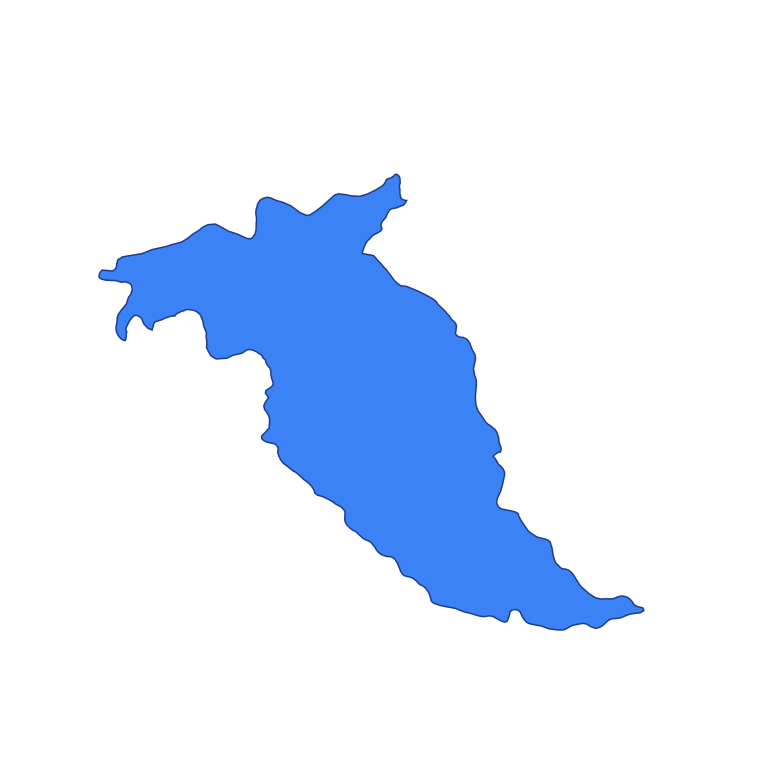 outline of Uarini, Amazonas, Brazil, rotated 282°
{"feature_id": "56859067B41696806475339", "entity_name": "Uarini", "entity_type": "district", "adm_level": 2, "iso_a3": "BRA", "parent_name": "Brazil", "parent_adm1": "Amazonas", "projection": "mercator", "projection_center": [-65.366, -3.206], "detail": "fine", "context": "isolated", "style": "filled", "palette": "blue", "viewbox_px": 768, "rotation_deg": 282, "n_neighbors": 0, "source": "geoboundaries", "source_scale": "gbopen_adm2", "svg_char_len": 6137}
<svg xmlns="http://www.w3.org/2000/svg" viewBox="0 0 768 768"><g transform="rotate(282 384 384)"><path d="M568.2,368.0L568.0,367.0L568.2,364.3L568.5,363.4L569.0,362.6L569.9,361.7L572.7,360.3L574.2,359.8L577.0,359.3L580.1,358.1L581.1,357.8L583.7,358.0L584.9,357.8L588.2,356.9L589.0,356.5L590.3,355.6L591.2,354.3L591.8,353.0L591.4,351.5L589.5,350.2L587.1,348.0L585.4,344.8L584.3,343.9L583.0,343.4L581.5,343.3L580.2,342.8L577.6,341.3L572.3,335.8L566.5,328.5L562.7,321.6L561.9,317.5L561.2,312.3L561.2,306.2L560.5,299.7L558.5,296.4L545.4,286.9L539.1,281.6L533.9,276.3L532.8,273.1L534.2,266.0L538.9,256.0L540.6,247.6L541.2,240.2L542.4,234.8L542.4,230.9L540.4,227.0L538.1,224.6L535.3,223.4L533.5,223.0L529.5,222.7L526.1,222.8L523.3,223.4L521.8,224.1L518.1,225.2L515.2,225.5L508.3,226.8L506.6,226.8L505.1,226.8L503.8,226.5L500.2,225.2L499.1,224.3L498.5,223.5L497.8,220.5L498.6,216.1L500.1,209.6L501.1,200.0L504.1,190.7L505.3,186.2L505.2,185.2L503.5,179.5L502.7,178.0L501.9,176.8L499.6,174.0L495.8,171.0L490.9,165.9L485.1,161.1L480.9,156.7L478.0,151.2L476.6,148.1L473.3,142.5L467.4,129.5L461.3,120.3L453.9,101.6L451.6,99.6L451.0,98.4L449.9,97.8L445.8,97.5L444.5,97.8L443.0,97.9L441.4,97.5L440.2,96.9L438.9,95.9L438.0,94.8L437.0,85.3L436.5,84.3L434.9,83.4L433.4,82.9L432.3,82.7L429.9,82.8L429.0,83.5L428.4,84.2L427.8,86.3L427.8,91.0L428.8,96.9L429.2,98.5L429.3,100.6L429.0,105.6L429.1,106.6L429.9,108.5L430.1,110.5L429.7,113.5L428.9,115.6L427.3,116.7L424.5,118.1L421.4,117.9L418.6,117.6L415.7,116.0L409.7,115.5L406.9,114.5L401.6,111.6L397.6,110.0L395.4,109.4L392.6,109.4L388.8,110.0L384.4,110.0L383.0,110.2L381.1,110.8L378.6,112.0L377.5,112.8L374.8,115.6L373.5,117.4L372.7,120.1L372.6,121.6L373.4,122.1L377.1,122.0L378.4,121.5L381.3,121.6L383.2,120.4L384.1,120.0L385.1,120.0L390.6,121.3L393.6,122.3L396.7,123.9L397.8,124.6L398.6,125.3L399.3,126.2L399.7,127.8L398.9,131.4L398.4,132.4L397.5,133.4L395.3,134.7L393.2,136.3L392.4,137.1L390.9,139.5L389.5,141.3L388.6,145.9L395.8,146.4L396.9,146.9L398.5,149.4L400.6,153.2L402.8,156.0L404.1,158.1L406.3,162.2L407.0,165.2L409.4,166.4L413.2,171.1L414.0,173.0L415.9,175.5L416.5,181.0L416.4,183.3L416.0,185.2L415.1,187.3L414.1,189.1L412.1,190.9L407.9,193.7L403.3,195.6L397.5,199.4L395.7,199.9L394.0,200.0L387.5,202.2L382.9,202.8L380.8,204.3L375.9,208.5L374.0,212.9L373.7,215.3L374.8,218.6L375.9,223.0L376.7,225.2L380.8,230.4L384.4,238.4L386.6,240.8L387.8,241.6L388.4,242.4L389.2,243.5L389.8,245.5L389.8,249.1L389.1,252.3L386.7,258.4L384.3,260.3L383.1,262.8L380.2,264.3L378.1,266.1L375.3,269.5L372.4,270.8L369.1,271.6L366.1,273.0L363.6,274.5L360.5,275.8L357.6,274.4L353.2,269.9L350.3,269.9L346.9,273.9L340.4,271.4L337.6,271.0L334.5,272.4L331.8,275.2L329.4,277.5L326.5,279.2L321.7,280.2L317.3,280.7L314.1,279.2L307.8,275.2L305.1,275.8L303.7,278.0L302.9,281.2L302.7,284.9L302.8,289.2L301.8,291.5L299.5,293.7L294.5,294.5L291.0,296.5L288.1,299.0L285.6,302.0L280.0,313.4L278.9,317.0L275.9,322.3L273.9,325.4L272.6,328.5L271.1,331.1L269.5,333.7L267.7,335.7L265.2,337.9L263.0,339.0L261.5,341.7L261.1,347.6L260.5,350.2L259.0,355.8L257.8,358.9L256.6,361.5L254.8,367.7L253.0,370.5L251.3,372.4L247.4,373.1L244.1,373.6L241.5,374.4L238.6,376.6L236.8,379.6L235.4,381.6L234.5,384.1L233.8,387.1L232.1,389.8L228.9,395.2L227.9,397.9L227.4,401.0L226.6,403.8L222.5,409.0L220.4,410.8L218.7,412.8L217.0,415.8L216.2,419.1L215.9,422.4L216.4,427.6L215.2,430.8L211.1,434.7L204.2,439.3L202.2,441.1L200.9,443.5L200.5,446.0L200.6,449.1L200.0,452.7L198.4,456.1L195.2,460.8L194.5,464.4L193.1,467.0L190.5,469.9L188.4,471.7L184.0,474.3L181.6,475.3L179.9,478.2L179.1,484.6L179.1,490.5L179.4,501.0L178.1,507.3L177.8,510.1L177.7,516.1L177.0,523.2L176.9,525.7L177.0,528.3L177.5,531.2L178.6,533.6L179.3,536.2L179.2,539.5L178.2,542.3L176.6,547.8L176.2,551.2L177.2,553.6L180.4,554.4L184.1,554.7L187.0,554.6L189.4,556.1L190.5,558.5L190.8,561.3L189.6,564.3L184.8,568.0L182.8,570.0L181.0,572.4L180.0,574.9L179.7,578.8L180.0,587.6L179.7,590.4L178.8,596.0L179.6,605.0L180.7,610.4L181.7,612.3L186.3,617.5L188.0,620.3L191.2,628.3L191.4,631.1L190.9,633.7L189.8,636.1L189.3,638.6L189.0,641.7L190.8,645.6L192.8,647.8L197.6,651.1L200.1,653.3L201.8,656.0L203.7,662.2L204.9,664.7L208.5,669.9L210.4,673.3L211.7,676.7L213.7,682.6L216.6,685.3L218.8,683.7L218.9,679.9L219.3,676.7L220.3,674.1L222.4,672.4L224.6,669.5L225.6,667.6L226.2,664.5L226.3,661.9L225.7,659.4L224.2,656.6L222.6,654.5L221.3,652.1L220.6,649.0L220.3,646.3L218.8,641.3L218.8,637.6L219.0,634.6L220.4,631.4L221.4,628.4L225.0,622.1L226.3,619.5L228.3,617.0L236.9,608.8L238.5,606.6L240.2,603.6L240.7,600.4L240.3,596.8L241.4,594.1L243.3,591.6L244.6,589.3L246.6,587.8L249.7,586.0L252.8,584.5L258.0,582.7L261.1,580.9L264.0,579.5L265.4,576.8L265.8,573.7L266.0,567.3L266.3,564.8L269.4,556.8L271.2,554.6L277.3,548.1L280.1,545.5L282.5,543.5L285.2,542.1L286.1,539.1L286.3,533.9L286.2,524.5L287.2,522.2L289.0,520.2L291.4,518.9L294.7,518.6L297.2,518.9L302.8,520.3L309.9,520.8L320.2,520.9L323.1,520.1L325.6,518.2L327.7,515.6L329.2,512.8L331.6,510.7L334.2,508.1L335.9,505.8L338.1,507.2L340.5,509.4L341.8,512.1L345.0,512.1L347.3,511.0L349.6,509.4L352.1,508.2L355.0,507.4L357.5,506.1L360.7,504.1L362.6,502.0L365.3,496.7L366.2,494.2L367.7,491.6L369.4,489.8L371.7,487.6L377.1,481.8L382.0,478.5L387.7,476.7L391.2,475.9L403.3,474.4L406.5,473.5L409.0,472.4L411.5,470.8L417.9,468.2L425.7,468.4L428.5,468.1L431.7,466.8L435.9,463.2L441.5,459.5L443.4,457.9L445.0,455.7L446.0,451.8L445.6,448.2L446.4,445.4L447.9,443.5L456.1,442.8L458.4,441.2L460.3,438.3L461.8,435.8L463.9,434.1L465.9,431.1L467.9,428.7L473.2,420.2L475.2,418.2L477.0,415.1L478.3,411.5L480.1,405.3L482.0,397.5L484.2,385.5L483.5,380.0L485.7,375.3L487.5,372.6L496.7,362.0L497.9,359.9L500.2,357.2L503.7,352.0L505.7,349.6L507.3,347.3L507.4,343.3L507.1,337.8L507.5,335.3L516.8,336.6L520.4,338.0L523.0,339.8L526.4,341.7L528.7,344.0L529.4,345.0L532.6,348.6L534.1,349.4L535.3,349.7L536.5,349.3L537.6,348.3L538.7,348.0L540.1,348.0L541.4,348.2L543.6,349.0L545.5,350.2L547.5,351.2L551.5,351.9L555.5,353.4L556.5,354.4L557.3,355.8L558.4,358.5L559.5,360.5L561.1,362.7L562.8,365.5L564.1,366.4L566.4,367.5L568.2,368.0Z" fill="#3b82f6" stroke="#1e3a8a" stroke-width="1.5"/></g></svg>